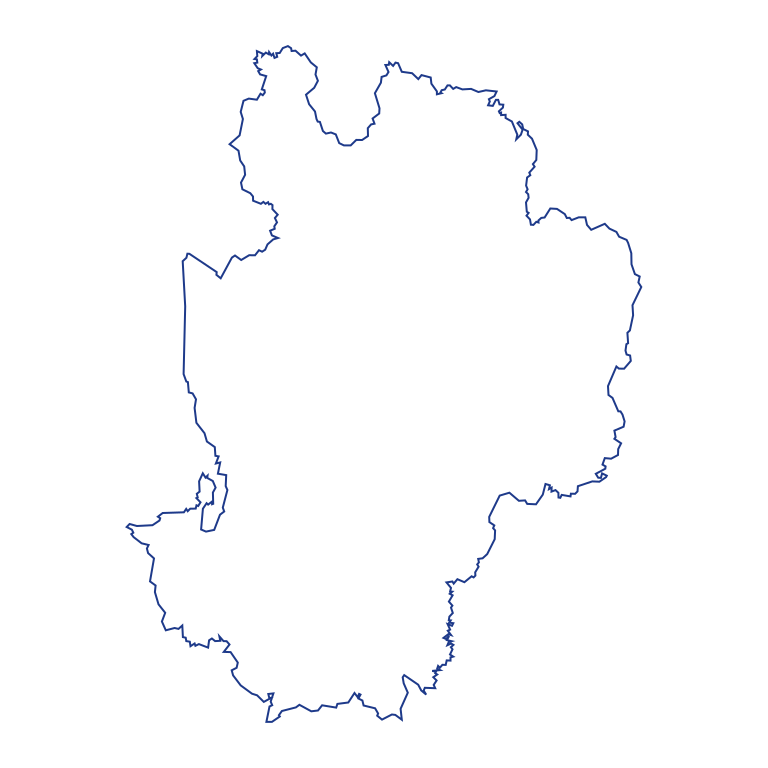 Mohnyin, Kachin, Myanmar (Mercator projection)
{"feature_id": "60261553B43552707692155", "entity_name": "Mohnyin", "entity_type": "district", "adm_level": 2, "iso_a3": "MMR", "parent_name": "Myanmar", "parent_adm1": "Kachin", "projection": "mercator", "projection_center": [96.513, 25.308], "detail": "fine", "context": "isolated", "style": "outline", "palette": "blue", "viewbox_px": 768, "rotation_deg": 0, "n_neighbors": 0, "source": "geoboundaries", "source_scale": "gbopen_adm2", "svg_char_len": 6049}
<svg xmlns="http://www.w3.org/2000/svg" viewBox="0 0 768 768"><path d="M451.0,607.6L452.4,605.6L448.9,601.6L452.6,595.3L449.8,593.8L452.2,591.7L450.1,591.5L451.0,587.9L446.5,582.4L452.4,581.5L453.7,583.6L457.4,579.2L464.4,582.2L471.6,576.3L473.6,577.4L475.4,575.6L475.2,572.3L478.6,566.7L477.2,564.4L478.9,562.4L478.2,558.9L482.6,558.3L487.2,554.1L494.7,539.2L495.1,530.4L493.1,528.1L494.3,525.4L489.4,522.1L489.2,516.9L499.7,495.6L509.4,492.7L518.9,500.8L525.1,500.4L527.2,503.9L536.0,504.3L542.8,494.6L545.5,484.0L549.9,485.3L549.0,489.1L551.6,487.6L551.5,491.6L555.5,490.1L558.4,492.8L558.5,497.5L560.3,497.8L561.7,494.9L570.5,496.4L570.9,493.7L575.1,493.8L577.5,491.4L577.9,486.2L592.3,481.4L599.4,481.7L606.1,477.1L606.8,475.7L602.1,473.4L600.9,477.9L598.2,477.7L595.8,473.8L605.3,468.7L605.6,466.4L602.5,464.6L604.8,458.1L611.1,458.7L618.0,455.0L618.2,449.1L621.1,443.3L614.4,438.8L615.6,437.1L614.4,430.6L623.6,426.7L624.6,421.4L622.5,414.6L620.5,411.4L618.3,411.3L612.5,397.9L608.5,395.0L608.0,386.1L616.4,366.5L618.9,368.6L624.1,368.7L630.8,360.9L630.1,355.5L626.6,354.5L625.5,350.6L626.4,344.2L628.1,343.2L627.4,332.8L629.9,330.4L633.1,315.3L632.5,305.2L641.3,287.0L638.4,282.5L639.7,276.5L634.9,274.1L631.5,264.3L631.3,253.2L628.1,242.9L626.6,239.9L619.1,236.7L616.4,231.9L609.4,228.6L604.8,223.8L591.2,229.8L587.0,224.9L585.3,217.3L578.8,217.3L571.6,220.1L569.6,217.8L566.8,218.0L564.8,214.1L557.0,208.9L550.3,208.5L544.6,217.5L541.3,217.9L538.4,220.5L538.5,222.5L536.3,221.8L533.4,224.9L530.9,224.7L530.0,219.4L526.5,215.7L528.6,212.9L526.8,211.7L526.0,202.4L528.6,197.8L528.2,194.2L526.0,192.0L527.6,189.3L526.1,185.6L527.1,177.5L530.3,175.2L529.3,172.6L534.6,166.7L532.9,164.1L536.3,160.0L536.7,150.0L532.0,138.7L527.8,134.7L528.0,131.4L523.2,129.0L522.2,124.4L519.3,121.8L517.5,123.2L522.6,129.7L520.9,134.7L516.3,139.3L517.3,134.6L511.9,121.5L505.6,118.0L505.6,114.8L501.1,115.1L501.1,112.6L499.7,113.1L498.9,111.3L502.9,107.6L503.3,104.7L499.5,104.4L498.2,99.9L495.9,99.9L492.8,105.9L488.1,105.3L489.8,101.5L488.9,99.2L494.4,96.1L496.6,91.5L485.9,90.3L478.4,92.0L471.1,88.9L462.4,89.4L456.2,87.1L453.2,88.9L449.9,85.4L447.5,85.4L444.8,89.5L441.7,90.2L440.4,92.5L441.5,93.2L436.9,94.3L436.9,91.4L431.4,83.7L430.7,77.5L421.5,75.1L418.3,79.1L412.1,73.2L401.8,71.8L398.1,63.2L395.5,62.6L393.1,65.9L389.2,62.2L388.8,64.8L385.4,65.0L388.5,72.0L386.4,75.4L381.6,76.9L380.9,82.7L374.9,93.2L379.5,108.3L379.2,113.5L372.6,118.5L374.5,123.7L371.1,124.4L367.8,128.2L368.0,136.0L362.1,140.0L356.3,139.9L350.7,145.4L343.9,145.4L339.2,143.1L335.8,134.4L331.0,132.5L325.9,133.6L322.9,131.0L319.9,121.9L317.7,121.6L316.5,119.0L315.0,111.5L309.1,104.2L306.0,94.7L314.2,87.8L317.9,80.8L315.5,74.5L316.8,67.3L310.8,62.4L304.7,53.4L301.0,55.6L295.5,50.7L291.6,51.0L291.1,48.2L287.9,46.1L282.8,48.1L279.7,53.0L276.3,53.2L277.2,56.8L274.5,57.9L273.1,53.7L271.4,55.5L269.1,52.1L268.8,54.3L265.8,52.6L262.3,56.0L262.7,53.7L256.9,51.1L257.3,56.1L254.5,59.0L256.9,59.4L257.3,62.6L254.3,63.2L257.7,68.2L260.9,69.5L258.2,71.1L260.1,74.4L266.2,76.1L261.8,89.4L264.5,90.2L264.8,92.6L262.8,95.2L260.5,93.7L256.9,99.7L248.8,98.6L243.5,100.8L240.7,111.9L242.9,119.0L239.6,135.4L229.6,144.2L238.5,150.7L240.2,160.5L244.2,166.4L245.1,174.8L241.0,182.6L242.4,189.3L250.3,193.2L253.0,196.5L253.1,200.7L260.9,203.8L263.4,201.9L265.5,203.8L268.1,202.2L269.0,204.4L270.8,203.8L272.5,205.1L272.4,209.1L277.7,214.7L274.9,218.0L277.0,222.4L274.3,226.3L274.7,228.8L270.1,230.7L271.9,235.4L278.0,238.0L273.2,239.4L267.5,244.4L265.2,249.7L262.1,251.7L259.0,250.2L255.0,255.3L249.2,255.2L241.2,260.0L235.0,255.5L231.9,257.6L220.7,278.3L216.4,274.8L216.7,272.1L189.4,253.8L187.4,253.7L186.4,257.8L182.7,261.2L185.2,306.4L183.6,374.1L186.3,381.5L187.9,382.1L188.8,392.4L192.6,393.4L196.0,399.3L194.6,407.9L196.4,422.8L204.5,433.2L206.9,441.5L214.8,447.1L215.4,455.8L218.6,456.4L215.9,463.5L220.2,462.4L217.9,473.7L226.2,475.1L225.7,486.1L227.4,490.0L222.8,507.6L224.2,511.5L220.0,514.7L214.2,529.9L206.0,531.6L201.1,529.5L202.9,508.7L206.6,503.2L208.1,504.6L212.1,501.5L212.1,504.2L213.2,503.8L212.9,492.5L215.6,487.6L212.8,481.0L207.2,477.9L207.5,475.7L205.5,477.6L202.8,473.3L199.1,481.3L199.6,491.6L196.8,493.8L197.7,497.4L196.4,498.1L200.5,502.3L198.2,506.0L196.5,505.3L195.7,508.6L190.2,508.7L187.7,511.2L186.2,508.9L183.9,512.3L162.7,513.0L157.9,516.7L160.2,518.2L159.5,520.5L152.5,525.2L136.9,526.0L129.6,524.0L126.7,527.0L131.9,529.7L133.3,532.7L131.3,534.1L133.6,537.1L141.6,543.3L148.6,545.0L146.9,548.5L148.1,553.1L154.0,558.4L150.0,581.4L155.6,585.5L154.9,592.1L158.5,604.3L165.2,612.8L161.9,621.5L165.8,630.3L174.6,628.0L178.5,628.9L182.3,625.5L182.9,637.1L185.7,637.7L186.3,641.1L189.8,641.7L190.5,646.2L194.6,643.5L195.4,645.8L198.9,644.1L208.1,647.6L209.1,640.3L211.9,638.5L215.1,641.1L220.3,640.8L219.4,636.4L223.5,641.1L226.6,641.2L229.5,644.5L223.8,651.9L230.6,652.1L237.8,662.6L236.6,667.8L231.7,670.3L233.1,675.4L240.7,685.4L252.0,693.7L257.1,695.3L263.8,701.9L270.9,698.0L269.2,697.6L268.3,694.0L273.4,693.4L270.7,701.6L272.2,705.2L269.5,706.5L266.4,721.9L271.9,721.9L279.8,716.5L278.9,715.2L281.9,711.0L295.9,707.4L299.4,704.8L311.3,711.3L318.0,710.5L322.1,705.3L336.2,707.6L337.4,703.9L348.3,702.5L354.5,693.0L357.6,697.1L359.1,693.9L360.5,694.6L358.4,698.5L362.4,700.5L363.6,705.5L375.1,708.3L378.1,713.5L377.2,715.7L382.0,719.6L391.9,714.5L395.3,714.9L401.8,719.7L400.6,708.8L407.8,692.7L403.7,683.3L402.7,677.3L404.2,675.1L418.2,684.7L421.2,690.4L426.2,694.6L423.7,690.6L424.8,687.8L435.2,688.2L433.7,684.9L436.6,680.5L433.3,677.2L437.2,674.5L435.2,673.2L435.9,671.8L432.2,670.9L440.1,670.1L437.2,668.6L438.1,665.9L439.9,667.7L442.4,664.8L445.7,664.9L446.7,660.4L450.5,660.6L450.5,657.4L453.2,656.6L450.0,654.5L452.5,649.3L450.9,647.2L453.4,644.9L451.1,643.5L447.4,645.2L448.7,642.1L451.6,641.2L446.9,640.1L449.1,636.0L446.0,639.0L443.5,637.9L448.3,634.2L451.1,635.1L447.8,630.7L450.1,629.6L447.6,624.1L452.0,625.8L453.3,623.2L449.2,622.6L450.7,620.4L448.8,620.2L449.4,616.6L452.8,613.0L451.0,607.6Z" fill="none" stroke="#1e3a8a" stroke-width="2"/></svg>